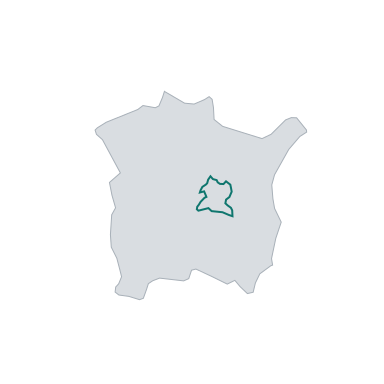 Mališevo on a map of Kosovo (orthographic projection), rotated 223°
{"feature_id": "KOS-5911", "entity_name": "Mališevo", "entity_type": "District", "adm_level": 1, "iso_a3": "XKX", "parent_name": "Kosovo", "parent_adm1": "", "projection": "orthographic", "projection_center": [20.745, 42.495], "detail": "fine", "context": "in_parent", "style": "outline", "palette": "teal", "viewbox_px": 384, "rotation_deg": 223, "n_neighbors": 0, "source": "natural_earth", "source_scale": "10m", "svg_char_len": 1514}
<svg xmlns="http://www.w3.org/2000/svg" viewBox="0 0 384 384"><g transform="rotate(223 192 192)"><path d="M120.3,143.6L136.6,138.3L139.0,134.5L135.3,126.4L137.5,121.3L157.0,106.9L160.2,100.3L161.4,95.2L158.8,89.7L155.1,81.1L156.9,77.5L167.0,72.6L175.2,66.8L180.0,66.4L183.0,70.5L183.0,74.8L185.7,82.0L191.7,85.9L201.8,92.3L213.4,96.6L222.6,105.2L235.2,120.6L237.1,128.3L248.4,135.1L258.9,142.7L257.4,157.1L293.2,169.2L301.2,169.0L305.1,171.2L305.0,174.4L302.3,184.5L287.9,215.4L286.8,221.8L276.3,228.6L274.9,232.4L278.0,240.9L280.8,246.8L280.6,246.8L258.0,251.9L250.4,257.8L245.9,268.1L244.5,273.4L240.5,273.5L233.8,268.3L225.3,260.1L214.4,260.9L177.2,278.8L173.5,288.2L172.7,308.6L170.1,314.1L166.1,317.6L150.6,315.4L149.0,314.0L151.0,306.2L150.3,289.2L143.4,260.9L138.5,251.6L128.3,242.3L120.4,236.3L106.2,230.8L99.1,215.2L88.4,197.5L83.2,193.5L84.1,191.7L86.6,178.4L83.6,168.7L78.9,160.4L82.2,155.5L92.2,155.6L100.4,156.6L103.4,148.7L120.3,143.6Z" fill="#d9dde1" stroke="#a8b0b8" stroke-width="1"/><path d="M174.6,182.7L176.7,182.7L178.1,184.8L178.3,187.3L179.0,190.7L178.9,196.3L178.1,198.2L179.5,198.9L183.6,200.7L185.9,197.0L186.9,199.1L187.9,202.8L186.9,207.0L186.9,208.8L188.6,212.0L189.2,216.1L185.5,215.7L182.1,217.5L179.8,216.6L177.1,217.0L174.4,219.3L174.4,223.0L169.0,223.5L166.3,221.6L163.2,219.3L161.2,213.8L161.9,209.7L159.9,206.5L156.8,206.5L152.8,207.0L150.1,206.0L145.9,201.9L149.5,200.3L155.9,198.0L164.6,191.4L169.0,191.4L174.6,182.7Z" fill="none" stroke="#0f766e" stroke-width="2"/></g></svg>